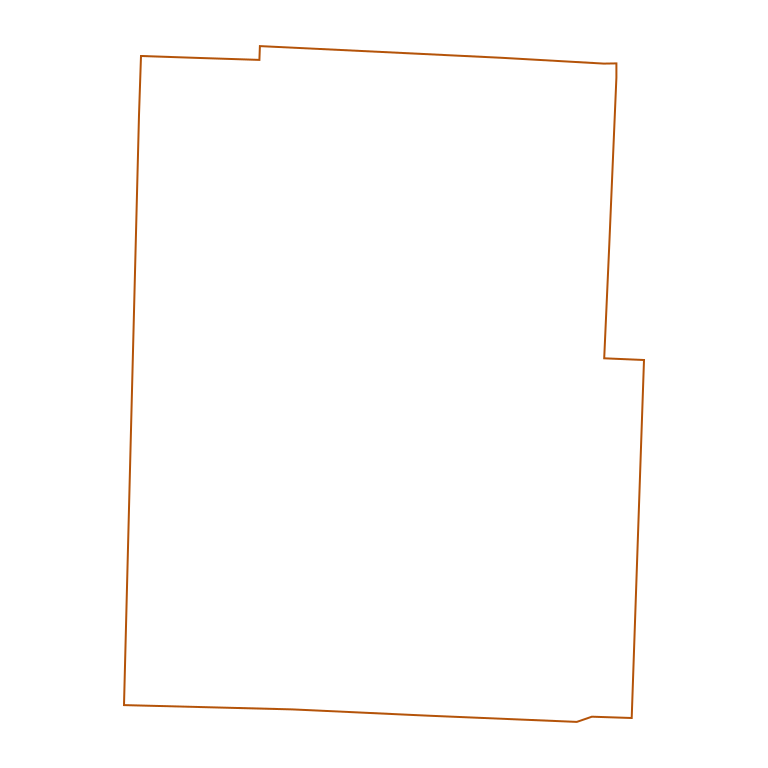 outline of Johnson, Missouri, United States of America, rotated 90°
{"feature_id": "52423323B75740368728587", "entity_name": "Johnson", "entity_type": "district", "adm_level": 2, "iso_a3": "USA", "parent_name": "United States of America", "parent_adm1": "Missouri", "projection": "albers", "projection_center": [-93.816, 38.747], "detail": "fine", "context": "isolated", "style": "outline", "palette": "amber", "viewbox_px": 768, "rotation_deg": 90, "n_neighbors": 0, "source": "geoboundaries", "source_scale": "gbopen_adm2", "svg_char_len": 409}
<svg xmlns="http://www.w3.org/2000/svg" viewBox="0 0 768 768"><g transform="rotate(90 384 384)"><path d="M705.1,644.0L709.4,475.7L710.3,455.9L714.9,356.9L715.8,337.1L721.9,191.2L716.7,176.1L718.0,136.3L360.0,124.0L358.3,163.8L244.3,158.7L77.6,151.6L63.4,151.6L63.6,164.2L57.8,266.3L46.1,508.1L59.9,508.6L58.0,567.6L56.0,627.0L115.0,629.0L705.1,644.0Z" fill="none" stroke="#b45309" stroke-width="2"/></g></svg>